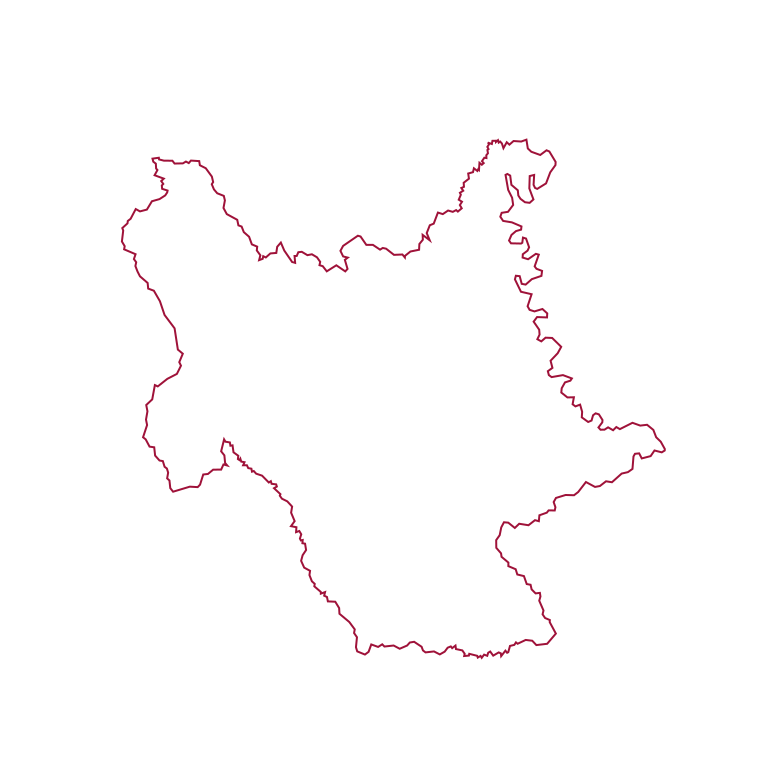 Mae Ramat, Tak, Thailand, rotated 192°
{"feature_id": "78962969B69259908761909", "entity_name": "Mae Ramat", "entity_type": "district", "adm_level": 2, "iso_a3": "THA", "parent_name": "Thailand", "parent_adm1": "Tak", "projection": "natural_earth1", "projection_center": [98.605, 17.061], "detail": "fine", "context": "isolated", "style": "outline", "palette": "rose", "viewbox_px": 768, "rotation_deg": 192, "n_neighbors": 0, "source": "geoboundaries", "source_scale": "gbopen_adm2", "svg_char_len": 6163}
<svg xmlns="http://www.w3.org/2000/svg" viewBox="0 0 768 768"><g transform="rotate(192 384 384)"><path d="M605.6,280.3L600.3,274.0L595.6,274.3L593.0,266.4L587.7,262.5L584.3,262.6L581.4,257.4L578.8,256.2L576.7,252.4L576.5,246.6L573.8,245.0L571.4,237.7L567.9,234.8L552.6,243.2L544.8,244.4L543.0,247.3L542.0,257.9L537.5,259.4L533.3,264.7L525.5,266.4L524.3,271.9L520.4,271.7L523.0,273.7L525.3,281.0L529.3,284.3L528.9,296.6L527.1,294.6L522.6,294.8L521.4,291.7L519.4,292.5L517.0,285.9L511.6,283.5L511.3,280.2L509.5,279.5L509.0,281.1L507.5,278.4L504.2,278.5L504.9,275.2L501.2,276.0L499.3,273.5L496.1,273.6L494.9,270.8L493.3,271.8L490.4,269.7L484.2,269.0L476.2,263.7L474.5,265.4L473.2,263.0L468.6,263.4L467.5,261.4L469.9,259.2L462.4,254.7L462.7,253.1L460.0,250.6L454.2,249.1L448.4,245.0L448.1,238.8L442.9,231.3L445.4,225.6L439.9,225.7L439.2,220.8L436.3,222.6L433.7,219.8L434.1,215.3L432.8,213.7L431.1,214.5L430.7,211.3L428.0,211.4L425.7,205.4L428.0,199.6L428.3,193.8L423.9,187.8L417.5,185.9L417.2,181.6L413.5,176.0L410.2,174.1L410.1,171.6L402.6,167.5L402.2,165.8L398.4,168.2L398.5,164.5L395.5,163.8L393.7,159.7L386.4,160.9L381.3,155.5L379.8,150.0L368.5,144.0L361.6,137.9L361.5,134.2L357.8,130.7L356.7,120.7L354.6,116.9L346.4,115.4L343.4,118.8L342.3,126.6L335.1,125.6L331.6,129.0L329.0,127.3L320.2,130.2L313.6,128.3L307.0,133.0L305.0,136.5L300.9,138.1L292.6,134.8L290.5,131.5L287.6,130.1L279.5,132.8L273.2,131.1L269.0,134.8L266.9,139.3L264.1,141.2L262.4,139.8L259.7,143.0L258.5,139.7L252.0,139.7L249.0,136.9L249.0,134.6L244.5,136.0L244.5,137.8L236.3,137.5L235.4,135.9L233.0,138.1L231.5,136.5L229.8,140.1L226.5,139.6L226.2,142.8L224.5,144.4L220.7,141.0L216.0,145.3L213.7,144.8L212.8,142.2L209.8,148.4L207.7,146.7L206.7,147.5L206.3,154.0L202.3,155.9L201.2,158.7L199.3,157.7L192.2,163.1L185.6,163.7L180.7,160.3L170.4,163.8L164.0,175.6L172.4,185.5L172.7,187.6L177.8,188.6L181.0,191.7L180.9,195.6L187.1,204.3L186.8,208.7L188.1,212.1L192.2,210.7L196.9,213.8L198.9,218.1L202.8,218.0L207.2,225.2L214.0,225.4L216.7,230.2L224.5,231.7L225.2,235.2L233.1,239.4L234.3,242.7L240.1,247.1L241.8,254.6L239.4,260.2L239.5,268.1L237.9,273.7L233.6,274.2L226.1,270.4L222.7,275.4L213.3,275.9L208.0,282.2L204.0,282.0L204.7,287.9L198.0,292.0L196.7,294.6L190.7,295.8L190.7,299.1L193.5,303.8L192.1,308.3L183.3,313.2L175.0,314.7L171.6,318.7L166.1,330.1L156.2,327.2L151.6,329.1L146.6,335.0L140.6,335.3L132.9,345.8L127.1,348.5L123.3,352.6L124.9,365.0L124.0,367.9L120.0,369.2L116.4,364.8L108.2,368.9L105.6,375.2L98.1,374.9L95.6,377.3L95.8,378.8L101.3,385.1L106.7,388.5L111.0,395.1L118.2,398.8L124.7,396.6L132.9,397.7L143.9,388.9L147.8,390.2L150.3,386.4L155.8,388.2L158.8,385.2L162.7,384.3L165.2,386.1L162.5,391.9L162.8,394.2L167.5,399.0L170.9,399.3L173.0,396.9L173.4,391.4L176.4,389.3L183.6,392.5L184.4,398.0L187.9,404.6L192.1,401.9L195.3,403.4L195.5,410.5L201.8,409.0L208.8,412.5L209.3,416.8L207.3,423.2L202.4,426.0L201.4,428.5L210.8,429.9L221.5,425.6L224.6,427.0L226.4,430.6L222.6,434.8L225.9,441.4L220.5,450.2L218.4,457.2L229.1,464.0L235.6,462.9L239.0,458.4L243.3,459.7L242.1,464.7L243.5,469.4L250.6,476.1L248.2,481.3L238.4,483.0L239.0,487.0L244.6,490.3L251.9,486.3L257.0,486.8L259.7,489.9L258.3,502.5L269.2,502.7L277.7,513.6L277.5,517.3L273.7,517.7L270.1,510.6L266.1,510.7L261.2,517.3L252.5,522.5L252.9,527.5L258.8,528.4L261.1,530.4L259.5,542.7L262.5,542.9L269.0,536.0L274.7,536.5L275.2,539.8L271.3,544.3L270.5,547.9L275.3,555.8L278.5,556.1L278.1,550.9L279.1,549.9L289.0,548.0L291.5,550.3L290.3,556.3L286.7,561.0L282.0,563.5L282.3,566.7L292.5,568.7L301.4,568.3L305.0,571.8L304.5,575.9L298.5,578.2L294.9,586.0L297.4,592.8L302.9,599.7L308.6,613.8L307.0,615.1L303.9,614.1L300.8,605.3L293.4,601.3L291.8,596.3L289.0,593.5L283.9,591.1L279.2,591.5L276.2,595.6L282.5,605.5L284.7,617.7L280.6,619.7L279.1,609.9L277.0,607.2L274.7,606.7L267.2,613.9L265.4,625.6L261.8,633.8L262.3,636.9L270.6,645.8L273.6,646.4L278.8,640.5L288.2,641.8L292.3,644.3L295.5,652.6L300.2,649.7L307.8,648.6L311.1,644.2L314.2,646.0L316.2,639.5L318.7,643.8L320.8,645.3L322.0,644.0L323.2,646.2L324.8,644.0L325.1,645.2L328.5,644.4L328.4,641.2L332.7,641.7L331.0,640.7L332.2,637.4L330.6,635.5L331.5,634.4L330.3,631.3L331.5,629.0L330.8,626.3L332.9,626.2L334.5,622.3L332.4,620.8L333.9,618.8L336.6,620.2L335.6,613.1L336.5,613.7L337.0,611.8L340.9,613.7L341.0,609.7L345.4,607.4L343.6,602.5L347.9,597.4L346.8,593.5L349.1,591.8L346.7,589.5L349.5,586.8L348.2,585.1L349.2,579.8L345.6,578.5L347.0,574.8L344.5,572.0L347.6,568.0L349.6,569.1L352.5,566.7L357.4,567.0L361.8,562.4L366.9,562.9L368.7,551.2L372.2,548.8L373.6,540.5L369.2,534.1L377.2,537.9L376.0,533.2L378.5,528.3L377.6,522.6L385.7,519.1L390.1,513.7L389.9,512.1L392.9,514.5L401.1,512.4L410.1,516.8L413.5,516.8L415.8,514.6L423.8,517.8L430.2,516.4L437.6,523.4L440.4,523.6L452.7,510.6L454.3,505.2L450.5,500.3L445.7,500.1L448.1,497.3L443.6,489.0L445.3,486.1L455.3,490.2L463.4,482.3L468.4,486.5L471.8,486.8L471.8,490.2L475.9,494.0L481.5,495.9L485.7,494.1L491.9,496.2L495.2,495.1L496.0,491.1L498.1,490.6L496.1,484.0L499.2,484.2L509.3,493.8L514.3,500.9L517.0,496.0L516.6,489.8L522.3,488.1L525.9,483.2L528.7,483.9L528.7,481.2L531.9,479.2L531.7,484.2L536.2,488.2L536.6,492.0L542.3,493.1L546.6,500.0L552.7,503.4L556.0,508.4L559.4,508.9L561.7,514.1L573.1,517.5L577.6,522.8L577.8,530.5L579.8,534.7L586.8,535.9L590.8,539.0L594.0,543.6L593.1,546.0L595.5,551.1L603.2,558.0L609.6,559.7L611.1,563.6L619.3,562.4L620.9,559.5L624.0,560.4L626.6,558.0L634.7,556.1L637.4,558.4L645.7,556.7L650.7,556.9L651.3,558.5L657.3,556.3L655.9,553.5L653.0,552.1L651.7,547.4L650.1,546.2L651.8,540.5L642.1,539.1L644.1,536.2L641.5,533.8L642.6,532.0L641.6,528.8L635.9,528.2L635.9,526.3L637.2,523.0L642.0,518.2L649.0,514.5L652.2,505.3L658.6,502.1L663.2,503.5L666.2,492.9L668.5,490.2L668.3,487.8L672.4,482.1L671.0,479.9L670.0,468.9L666.3,464.9L666.2,461.7L654.0,459.3L654.6,454.2L651.7,451.6L651.7,447.7L648.5,442.8L645.1,438.6L636.2,433.7L634.5,428.3L628.5,427.4L620.4,418.4L613.0,405.9L600.4,394.9L592.8,374.8L587.1,371.8L588.8,362.8L586.4,359.7L588.7,350.8L597.0,344.0L604.8,334.6L607.9,335.3L607.5,320.8L612.2,314.0L609.7,308.1L609.4,299.7L607.2,294.6L608.6,281.8L605.6,280.3Z" fill="none" stroke="#9f1239" stroke-width="2"/></g></svg>